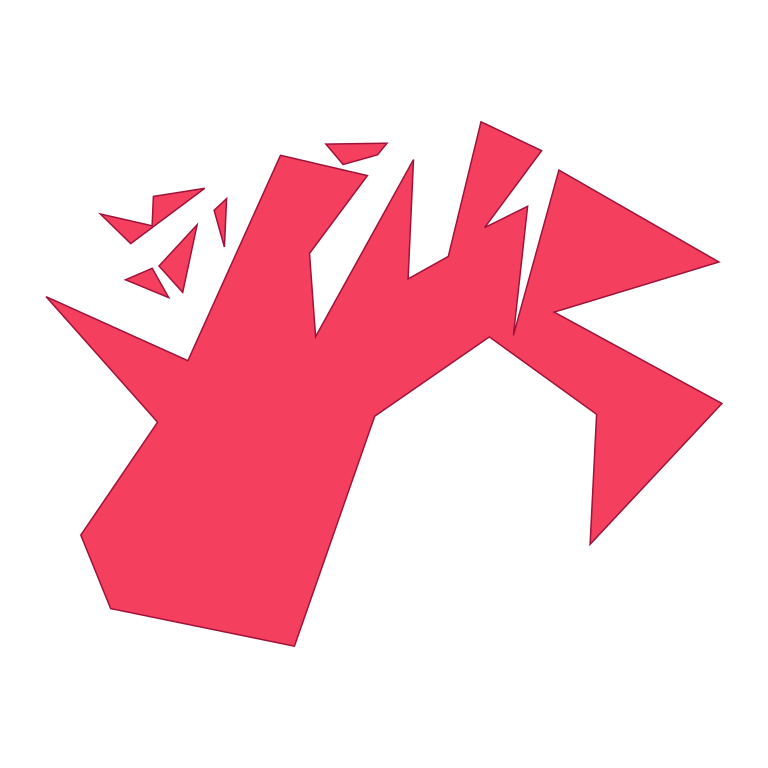 Finnmark, orthographic projection
{"feature_id": "NOR-1062", "entity_name": "Finnmark", "entity_type": "County", "adm_level": 1, "iso_a3": "NOR", "parent_name": "Norway", "parent_adm1": "", "projection": "orthographic", "projection_center": [25.614, 69.86], "detail": "coarse", "context": "isolated", "style": "filled", "palette": "rose", "viewbox_px": 768, "rotation_deg": 0, "n_neighbors": 0, "source": "natural_earth", "source_scale": "10m", "svg_char_len": 735}
<svg xmlns="http://www.w3.org/2000/svg" viewBox="0 0 768 768"><path d="M590.1,544.3L596.6,414.3L489.3,336.9L374.7,416.2L294.4,646.2L110.7,608.6L80.8,535.1L157.6,422.2L46.1,296.7L187.9,360.7L280.5,155.3L367.4,175.6L309.5,253.4L315.6,336.6L413.5,159.6L408.1,278.9L448.3,256.4L481.0,121.8L541.6,150.7L484.6,227.6L527.6,206.3L513.4,335.4L558.9,170.1L718.9,262.0L554.1,312.1L721.9,403.5L590.1,544.3ZM130.7,243.6L100.4,214.0L152.1,225.8L153.4,196.4L204.7,188.3L130.7,243.6ZM197.1,224.8L182.7,292.4L159.0,266.0L197.1,224.8ZM325.9,144.1L387.0,143.2L377.5,154.8L343.1,164.5L325.9,144.1ZM226.6,198.6L224.4,247.0L214.1,210.3L226.6,198.6ZM152.2,268.3L168.7,297.6L125.5,279.8L152.2,268.3Z" fill="#f43f5e" stroke="#9f1239" stroke-width="1.5"/></svg>